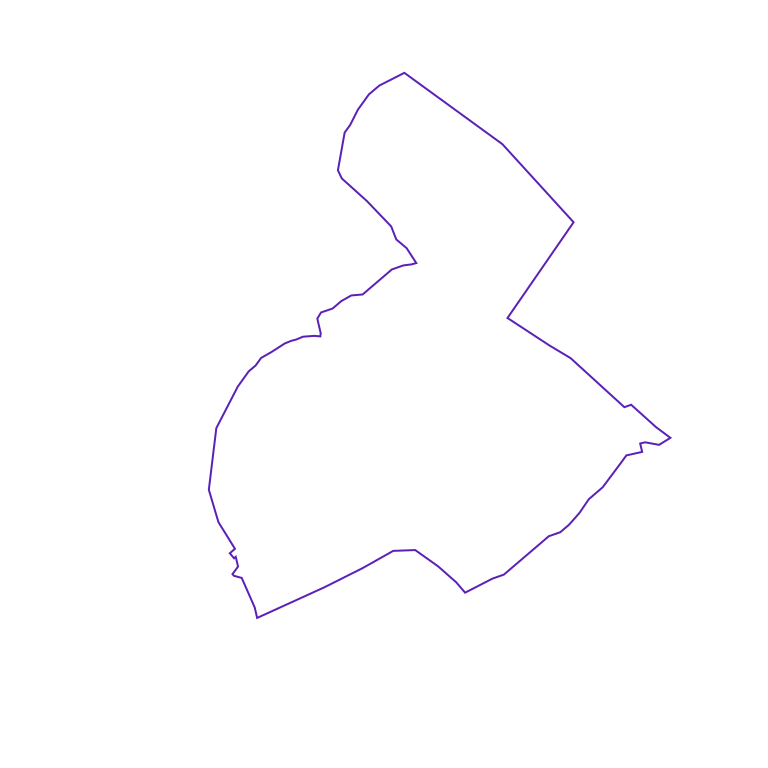 the district of Matariyya, Ad Daqahliyah, Egypt, rotated 229°
{"feature_id": "37247803B28167369066586", "entity_name": "Matariyya", "entity_type": "district", "adm_level": 2, "iso_a3": "EGY", "parent_name": "Egypt", "parent_adm1": "Ad Daqahliyah", "projection": "robinson", "projection_center": [32.012, 31.191], "detail": "fine", "context": "isolated", "style": "outline", "palette": "violet", "viewbox_px": 768, "rotation_deg": 229, "n_neighbors": 0, "source": "geoboundaries", "source_scale": "gbopen_adm2", "svg_char_len": 1150}
<svg xmlns="http://www.w3.org/2000/svg" viewBox="0 0 768 768"><g transform="rotate(229 384 384)"><path d="M605.5,603.5L612.3,576.3L612.5,562.7L608.2,544.4L601.7,528.4L599.6,519.3L575.5,489.4L566.7,487.0L533.6,491.1L498.2,492.8L485.0,488.1L471.7,490.2L454.1,487.7L456.3,483.1L460.8,476.4L465.3,465.1L465.6,426.6L472.3,417.4L474.6,406.1L474.7,394.7L479.3,383.4L477.1,376.6L472.7,374.2L463.9,369.6L461.7,367.2L466.2,362.8L472.9,353.8L475.1,347.0L477.4,342.4L479.7,335.7L482.0,319.8L484.3,308.4L482.2,299.3L482.3,290.2L478.0,272.0L460.7,228.5L419.1,182.4L400.0,173.7L388.3,168.4L357.4,163.4L357.4,156.6L350.8,156.5L350.8,158.7L342.0,154.1L339.9,144.9L337.7,144.9L331.0,149.4L300.1,139.8L290.7,134.8L269.7,205.6L259.1,247.0L252.0,281.5L238.2,298.6L210.9,305.2L187.0,308.4L173.3,308.3L166.0,338.1L161.5,349.4L161.1,394.9L161.0,408.5L156.5,419.8L156.4,431.2L157.3,438.3L158.5,447.1L162.7,463.1L162.6,481.3L169.0,510.9L171.1,520.1L163.4,534.3L171.0,538.3L168.7,542.8L157.6,551.7L155.5,564.8L173.0,561.0L206.2,556.9L208.8,550.2L281.0,541.8L304.7,534.1L352.8,520.5L381.7,633.2L487.3,630.7L605.5,603.5Z" fill="none" stroke="#5b21b6" stroke-width="2"/></g></svg>